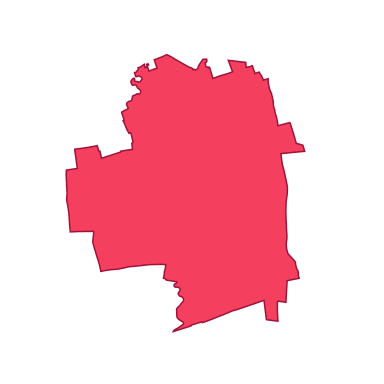 the district of Andrieseni, Iasi, Romania, rotated 16°
{"feature_id": "2599482B25328150396087", "entity_name": "Andrieseni", "entity_type": "district", "adm_level": 2, "iso_a3": "ROU", "parent_name": "Romania", "parent_adm1": "Iasi", "projection": "albers", "projection_center": [27.294, 47.519], "detail": "fine", "context": "isolated", "style": "filled", "palette": "rose", "viewbox_px": 384, "rotation_deg": 16, "n_neighbors": 0, "source": "geoboundaries", "source_scale": "gbopen_adm2", "svg_char_len": 5936}
<svg xmlns="http://www.w3.org/2000/svg" viewBox="0 0 384 384"><g transform="rotate(16 192 192)"><path d="M234.0,62.1L229.8,64.8L228.8,63.4L226.8,61.3L223.4,58.2L219.9,60.7L215.1,53.9L213.4,55.4L212.7,55.8L209.6,57.2L209.1,55.6L208.3,53.8L208.1,53.4L208.0,52.6L190.6,55.4L197.8,65.3L193.6,68.4L189.1,71.2L184.9,74.0L183.3,75.3L180.7,77.0L175.8,69.2L175.0,68.0L174.4,67.3L173.5,68.1L173.0,67.4L171.1,68.0L169.0,64.3L169.9,63.6L170.3,62.2L169.5,60.3L165.9,61.4L163.6,68.5L163.4,71.7L163.2,72.0L162.7,72.8L161.7,73.7L161.6,73.8L160.9,73.7L160.4,73.6L160.0,73.4L159.4,74.1L159.2,73.8L158.3,73.2L157.7,72.9L155.7,72.8L154.0,72.6L150.8,71.9L150.4,71.7L147.9,71.2L142.4,69.8L139.6,69.2L136.9,68.3L136.4,68.3L135.2,67.9L133.6,67.6L130.9,67.0L130.2,66.9L129.4,67.4L125.7,70.5L119.3,75.3L124.3,82.7L121.1,84.7L118.7,86.6L117.2,87.6L114.8,84.0L114.1,82.9L115.3,81.9L114.4,80.9L113.1,81.8L114.2,83.2L114.4,83.6L113.5,84.3L113.7,84.5L112.6,85.4L110.9,82.4L108.0,85.9L106.4,87.1L105.8,87.6L106.3,88.1L106.5,88.6L106.6,88.9L106.5,89.3L106.4,89.7L105.7,90.8L105.4,91.8L105.2,92.3L104.9,92.5L104.2,92.7L104.0,92.9L103.8,93.1L103.9,93.3L104.0,93.6L104.9,94.7L105.7,96.2L106.1,96.5L106.6,96.6L107.0,96.3L108.2,95.4L109.0,95.2L109.8,95.1L111.8,95.8L112.3,96.2L112.6,96.5L112.8,96.8L112.9,97.1L112.9,97.4L112.7,97.8L112.2,98.7L112.0,99.9L111.8,100.5L111.5,100.7L110.9,101.0L109.2,100.8L108.6,100.9L107.7,101.2L107.2,101.2L106.6,101.2L106.3,101.1L106.0,100.9L105.9,100.6L105.9,99.8L105.6,99.0L105.4,98.8L105.2,98.6L104.9,98.6L104.5,98.8L103.7,99.7L103.4,100.4L103.1,101.1L102.8,102.0L102.8,102.8L102.9,103.1L103.4,103.7L104.1,104.7L104.4,105.1L104.8,105.4L105.3,105.6L105.9,105.7L106.3,105.6L107.3,104.9L107.8,104.7L108.2,104.6L108.5,104.6L109.0,104.9L110.9,107.0L111.5,107.3L113.2,107.8L114.0,108.3L114.6,108.8L114.9,109.4L115.0,109.9L115.0,110.4L115.0,111.2L114.9,111.7L114.9,112.0L114.6,112.3L112.9,112.5L112.5,112.6L112.0,112.9L111.5,113.3L110.9,114.3L110.7,114.5L109.4,115.1L108.8,115.6L108.5,116.3L108.4,116.8L108.7,117.9L108.6,119.1L108.8,120.5L108.5,121.1L107.3,121.6L106.8,122.0L106.3,122.4L105.8,122.9L105.2,123.8L104.8,124.6L104.9,125.5L104.9,125.8L105.2,126.4L107.1,128.5L107.7,129.2L107.4,129.7L102.8,134.0L102.5,134.5L102.4,134.9L102.6,135.3L105.7,139.7L106.5,141.1L107.0,141.8L106.1,142.5L108.6,145.3L109.9,147.0L111.1,148.5L111.9,149.3L111.9,149.6L115.3,153.0L116.5,152.0L117.5,153.0L118.7,155.1L119.2,155.9L119.3,156.1L119.5,156.6L119.8,157.3L120.2,157.7L120.2,157.8L120.8,158.8L121.5,160.3L121.1,161.5L120.7,161.9L121.5,163.7L123.0,167.4L119.0,169.2L112.1,172.5L112.3,173.4L108.3,176.0L102.4,180.0L99.5,181.9L99.6,182.0L97.9,183.1L95.7,184.3L92.2,178.1L91.9,178.3L91.4,178.6L88.7,174.5L87.9,173.5L87.4,173.9L86.1,174.6L80.2,177.6L74.6,180.1L67.5,183.2L67.7,184.0L68.3,185.3L75.3,201.0L65.2,205.5L66.1,209.5L68.4,216.5L68.9,217.6L69.6,220.1L70.1,221.6L71.0,223.6L71.2,224.6L71.3,225.1L72.0,226.8L72.4,228.1L72.7,229.7L72.8,230.6L73.6,233.9L74.2,235.3L75.5,237.8L76.2,239.2L77.6,242.1L79.5,246.4L80.9,250.2L81.4,251.9L81.9,253.1L83.1,256.4L83.6,258.0L85.0,261.3L86.0,263.9L94.3,261.1L95.9,260.7L101.6,258.9L104.0,258.3L106.2,257.6L108.1,256.9L108.9,259.2L109.4,262.1L109.7,263.9L110.2,266.6L110.4,267.4L110.8,268.2L113.1,272.1L114.3,273.9L119.0,281.2L121.8,285.4L123.3,287.9L125.4,291.7L126.2,293.5L127.7,292.7L130.3,291.4L133.3,290.0L133.9,289.8L134.5,289.3L135.6,289.0L141.1,286.9L142.9,286.2L147.8,283.6L151.1,281.7L153.5,280.6L154.3,280.4L162.3,277.2L167.7,274.9L171.1,273.6L174.2,272.6L183.8,269.6L187.0,269.2L187.2,271.6L187.5,274.6L187.4,275.2L187.4,276.4L187.5,276.9L187.7,277.4L187.8,278.0L188.2,281.0L188.2,282.0L188.2,282.6L188.3,282.8L189.1,282.8L190.0,282.6L190.8,283.4L191.1,283.6L191.8,283.7L202.2,282.5L202.3,283.0L202.3,283.4L202.1,283.8L202.0,284.2L201.2,284.7L200.8,285.2L200.4,285.7L200.4,286.1L200.4,286.5L200.5,286.9L201.1,287.7L201.6,287.9L202.1,288.1L203.2,287.7L204.6,287.5L205.9,287.6L206.5,288.0L207.2,288.6L207.5,289.1L207.6,289.8L207.4,290.6L206.9,291.8L206.7,292.7L206.7,293.3L207.1,294.1L207.9,294.8L208.6,295.4L209.6,295.5L211.0,295.5L211.7,295.7L212.5,296.3L213.1,297.0L213.6,298.0L213.8,298.8L213.6,299.7L212.5,301.7L211.5,304.8L210.7,305.9L209.9,307.1L209.6,308.2L209.5,309.0L211.3,314.5L212.0,316.2L212.5,317.0L212.9,317.3L214.3,318.1L218.8,319.4L219.3,319.6L219.7,320.0L220.0,320.4L220.1,320.8L220.0,321.3L219.8,321.9L218.1,324.0L215.7,326.9L213.4,329.1L213.0,329.8L212.4,331.0L212.4,331.4L228.0,321.0L227.9,320.2L235.9,315.0L237.0,314.3L237.3,314.2L238.0,314.7L239.4,313.8L244.5,310.1L245.1,309.6L246.2,308.8L251.9,304.3L255.3,301.8L263.5,295.2L267.0,293.1L291.1,276.3L298.7,294.2L305.1,293.3L310.2,292.5L308.3,287.0L306.4,281.4L306.1,280.1L306.0,279.7L304.3,273.8L304.3,273.7L304.6,273.4L305.9,273.1L312.7,272.1L312.5,271.4L308.2,252.4L307.9,251.0L318.8,245.4L318.2,244.6L317.8,243.9L317.3,243.0L317.0,242.2L316.6,240.7L316.3,239.9L316.0,239.3L315.4,238.5L314.2,237.4L314.1,237.2L312.9,235.5L311.8,233.5L310.7,231.0L310.4,230.6L310.0,230.2L303.6,226.3L301.6,225.0L300.8,224.2L300.0,222.9L299.3,221.8L298.3,219.8L297.7,218.1L297.1,216.6L296.7,214.7L296.0,210.5L295.7,209.3L295.2,207.6L292.8,200.9L291.0,195.2L289.8,192.0L289.1,189.6L288.2,186.7L287.6,185.0L287.2,183.5L286.3,179.8L285.8,177.9L285.1,174.9L284.5,170.4L284.0,167.4L283.8,166.4L282.9,162.9L282.4,161.3L282.2,160.7L281.9,160.3L282.0,160.2L278.8,153.9L277.4,151.5L276.9,150.4L275.0,146.9L273.5,144.4L272.2,142.1L271.7,141.4L271.0,140.1L269.5,136.8L266.9,130.6L271.2,128.9L283.8,123.9L289.1,121.9L285.7,116.5L281.8,116.4L278.9,116.5L276.3,112.5L275.3,110.8L268.0,99.6L267.6,99.1L266.9,98.3L260.6,102.0L256.3,104.7L255.8,103.1L254.9,101.2L254.3,100.0L253.0,97.6L250.7,93.8L250.1,93.1L249.9,92.8L249.4,91.3L248.9,90.3L248.6,89.9L247.9,89.1L246.2,85.8L245.7,84.3L245.4,83.1L244.9,82.1L241.3,75.5L240.9,74.9L239.1,72.9L238.3,71.8L236.6,68.8L235.9,67.4L235.2,65.6L234.6,64.4L234.0,62.1Z" fill="#f43f5e" stroke="#9f1239" stroke-width="1.5"/></g></svg>